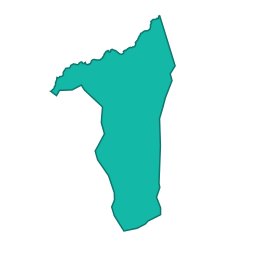 the district of Fray Marcos, Florida, Uruguay, rotated 163°
{"feature_id": "84410073B87921913847121", "entity_name": "Fray Marcos", "entity_type": "district", "adm_level": 2, "iso_a3": "URY", "parent_name": "Uruguay", "parent_adm1": "Florida", "projection": "robinson", "projection_center": [-55.745, -34.114], "detail": "fine", "context": "isolated", "style": "filled", "palette": "teal", "viewbox_px": 256, "rotation_deg": 163, "n_neighbors": 0, "source": "geoboundaries", "source_scale": "gbopen_adm2", "svg_char_len": 4823}
<svg xmlns="http://www.w3.org/2000/svg" viewBox="0 0 256 256"><g transform="rotate(163 128 128)"><path d="M181.1,197.1L181.6,196.2L182.0,195.1L182.8,194.1L183.4,193.1L184.0,192.8L184.2,191.6L184.8,190.5L185.3,189.6L186.2,189.2L186.7,188.1L187.8,187.0L189.2,186.6L190.2,185.7L191.2,185.7L186.9,179.9L182.5,184.0L170.3,180.8L160.1,182.7L158.4,176.8L146.2,155.6L151.9,141.0L152.2,129.3L162.4,119.1L166.1,115.6L166.3,106.4L160.5,88.1L160.0,70.0L161.9,63.2L166.7,57.2L166.7,48.1L162.0,30.7L148.4,29.5L139.4,31.2L136.1,33.2L122.2,35.6L120.2,42.2L121.0,53.5L115.0,61.8L114.5,66.2L102.2,101.6L95.1,127.8L89.5,136.3L83.4,146.1L72.1,160.4L71.8,167.5L64.8,173.6L64.9,226.5L64.9,226.4L65.2,226.4L65.3,226.3L65.5,226.2L65.6,225.9L65.8,225.8L65.8,225.7L66.1,225.4L66.3,225.2L66.5,224.9L66.6,224.6L66.6,224.4L66.8,224.1L66.9,223.9L67.0,223.8L67.1,223.7L67.3,223.7L67.4,223.8L67.5,224.1L67.9,224.2L68.0,224.2L68.1,224.3L68.3,224.3L68.5,224.3L68.7,224.1L68.8,224.0L69.2,223.9L69.4,223.9L69.5,223.9L70.1,223.9L70.5,223.8L70.8,224.0L71.1,224.1L71.7,224.3L72.1,224.4L72.3,224.4L72.7,224.3L73.1,224.1L73.3,224.0L73.8,223.6L74.2,223.4L74.4,223.4L74.8,223.3L75.0,223.2L75.1,222.8L75.1,222.7L74.9,222.5L74.9,222.4L74.7,222.4L74.6,222.2L74.6,221.9L74.8,221.6L75.1,221.4L75.3,221.2L75.5,221.0L75.6,220.9L76.0,220.4L76.4,220.0L76.5,219.7L76.6,219.0L76.7,218.8L76.8,218.5L77.0,217.8L77.2,217.5L77.3,217.3L77.6,216.9L78.2,216.2L78.3,216.1L78.6,216.0L78.8,216.0L79.0,215.9L79.2,215.7L79.3,215.6L79.8,215.5L80.2,215.4L80.5,215.3L80.8,215.3L81.1,215.4L81.3,215.5L81.5,215.5L82.2,215.5L82.6,215.7L82.7,215.8L82.9,215.8L83.1,215.8L83.3,215.8L83.5,215.8L83.8,215.9L84.2,215.8L84.4,215.8L84.8,215.7L85.6,215.4L86.3,215.1L86.6,214.9L86.8,214.8L87.1,214.8L87.3,214.8L87.6,214.8L87.9,214.8L88.2,214.7L88.3,214.6L88.4,214.4L88.5,214.4L88.6,214.2L88.8,213.8L89.0,213.7L89.1,213.3L89.8,212.8L90.5,212.4L90.7,212.1L91.0,211.8L91.3,211.6L91.4,211.4L91.7,211.1L91.8,210.9L91.9,210.7L92.1,210.5L92.4,210.3L92.5,210.1L92.7,209.9L92.9,209.7L93.1,209.4L93.3,209.3L93.5,209.1L93.9,208.9L94.1,208.7L94.5,208.5L94.7,208.3L94.9,208.3L95.3,208.0L95.5,207.9L95.7,207.7L95.8,207.6L96.0,207.3L95.9,207.2L95.9,206.7L96.0,206.1L96.1,205.9L96.2,205.7L96.5,205.4L96.8,205.0L97.0,204.9L97.2,204.5L97.4,204.2L97.5,204.1L98.0,203.9L98.6,203.8L99.0,203.9L99.4,203.9L99.5,204.0L99.8,204.1L100.0,204.1L100.4,204.0L100.5,203.9L100.9,203.8L101.2,203.8L101.4,203.8L101.5,203.9L101.8,204.3L102.0,204.3L102.3,204.4L102.5,204.4L102.9,204.3L103.1,204.3L103.4,204.3L103.7,204.3L103.8,204.2L104.0,204.1L104.4,203.9L104.5,203.9L104.8,203.9L105.3,203.8L105.5,203.7L105.8,203.5L106.1,203.3L106.3,203.2L106.7,203.1L106.9,203.0L107.0,202.9L107.3,202.7L107.4,202.8L107.6,202.8L107.8,203.1L108.2,203.2L108.4,203.2L108.6,203.1L108.8,202.9L109.1,202.8L109.3,202.8L109.5,202.7L109.8,202.7L110.0,202.5L110.1,202.4L110.1,202.0L110.1,201.8L110.1,201.6L110.1,201.4L110.1,201.1L110.2,200.9L110.4,200.8L110.6,200.7L110.8,200.6L111.6,200.4L111.8,200.4L112.1,200.3L112.3,200.3L112.5,200.3L113.1,200.5L113.5,200.7L114.2,201.3L114.4,201.5L114.5,201.7L114.7,201.8L114.8,202.0L115.1,202.4L115.2,202.7L115.4,202.8L115.5,203.0L115.7,203.3L115.8,203.5L116.0,203.8L116.2,204.1L116.4,204.4L116.4,204.5L116.5,204.7L116.6,204.8L116.8,205.0L117.0,205.3L117.5,205.7L117.6,205.9L117.9,206.1L118.1,206.2L118.4,206.4L118.6,206.5L118.8,206.6L119.0,206.7L119.1,206.9L119.3,207.0L119.6,207.3L119.7,207.5L119.8,207.7L119.9,207.8L120.0,207.8L120.4,207.9L120.5,207.9L121.1,207.7L121.4,207.7L121.5,207.7L121.8,207.5L121.9,207.4L122.0,207.4L122.0,207.2L122.0,206.9L122.1,206.6L122.1,206.4L122.3,206.2L122.5,206.1L122.8,205.9L123.0,205.8L123.3,205.7L123.5,205.7L123.7,205.8L123.8,205.9L123.9,206.1L123.9,206.3L123.9,206.5L123.9,206.9L123.9,207.1L124.0,207.4L124.1,207.6L124.3,207.8L124.5,208.0L124.8,208.0L124.9,207.9L125.0,207.8L125.2,207.7L125.3,207.7L125.5,207.7L125.8,207.6L126.1,207.6L126.4,207.6L126.5,207.6L126.9,207.4L127.0,207.3L127.0,207.1L127.2,206.9L127.3,206.8L128.3,206.3L128.4,206.2L128.5,206.1L128.7,205.9L128.8,205.7L129.0,205.7L129.3,205.3L129.4,205.2L129.5,205.1L129.6,204.9L129.8,204.5L129.9,204.3L129.9,204.2L130.0,204.1L130.3,204.0L130.5,203.8L130.6,203.7L130.9,203.5L131.0,203.4L131.5,202.9L132.7,202.1L133.8,201.7L135.1,201.3L136.3,201.6L137.8,202.1L139.2,202.8L140.4,203.5L141.9,203.5L142.9,203.1L143.7,202.4L144.3,201.3L145.6,200.4L146.3,200.7L146.9,200.1L148.1,200.4L149.3,201.0L149.7,202.1L149.7,203.2L150.4,203.0L151.4,202.5L152.2,202.7L152.6,203.7L152.9,204.7L154.7,204.7L156.0,204.1L156.9,203.2L157.6,203.2L159.1,204.0L160.1,204.6L161.4,205.2L162.8,204.9L164.3,204.6L165.3,203.3L166.3,202.7L167.3,202.6L168.7,203.1L170.1,203.2L171.4,202.0L173.1,200.7L173.9,199.6L174.2,198.0L175.3,196.9L176.7,196.7L178.1,197.1L179.8,196.2L180.7,196.7L181.1,197.1Z" fill="#14b8a6" stroke="#0f766e" stroke-width="1.5"/></g></svg>